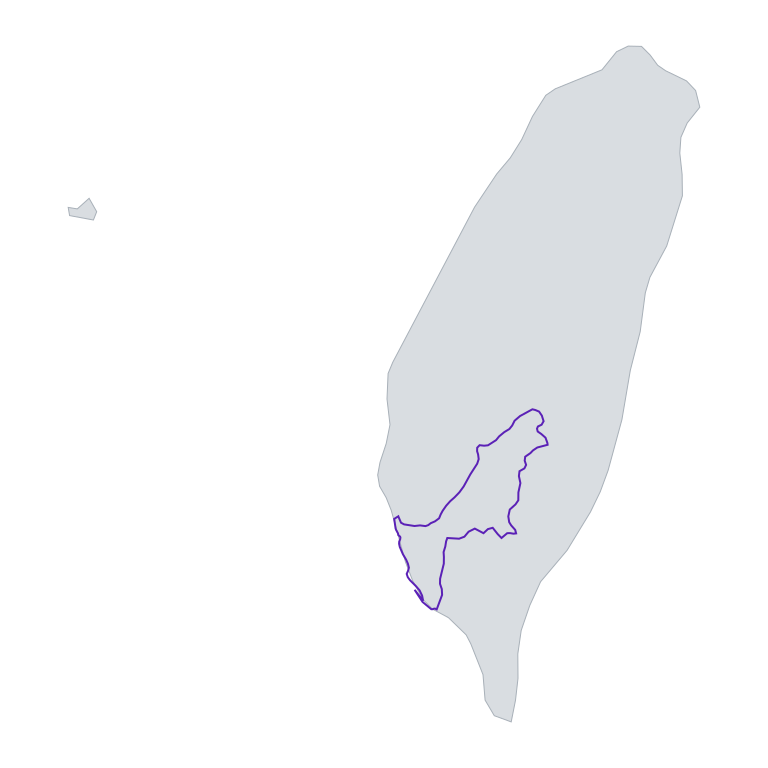 location of Kaohsiung City within Taiwan
{"feature_id": "TWN-1156", "entity_name": "Kaohsiung City", "entity_type": "Special Municipality", "adm_level": 1, "iso_a3": "TWN", "parent_name": "Taiwan", "parent_adm1": "", "projection": "robinson", "projection_center": [120.587, 22.979], "detail": "fine", "context": "in_parent", "style": "outline", "palette": "violet", "viewbox_px": 768, "rotation_deg": 0, "n_neighbors": 0, "source": "natural_earth", "source_scale": "10m", "svg_char_len": 2452}
<svg xmlns="http://www.w3.org/2000/svg" viewBox="0 0 768 768"><path d="M540.6,581.7L529.8,605.4L521.2,630.4L517.8,653.9L518.0,678.3L515.5,700.2L511.2,721.9L494.3,715.7L485.1,700.1L483.0,674.6L470.8,643.8L466.2,634.9L448.5,617.7L432.5,609.1L420.0,596.4L421.7,597.4L412.5,580.3L405.5,562.0L391.2,510.2L386.2,497.7L379.6,486.3L377.7,475.0L380.0,462.4L386.2,443.6L390.0,424.7L387.0,399.0L388.1,373.5L392.8,362.2L474.6,207.1L496.7,174.0L510.3,157.8L521.7,139.6L532.5,116.4L545.8,95.3L555.3,88.8L602.0,69.8L616.6,51.7L628.2,46.1L641.5,46.4L650.1,55.0L657.7,65.3L665.7,70.8L686.5,80.9L695.6,90.5L699.8,107.2L687.2,123.0L680.9,137.3L679.8,153.1L682.1,174.4L682.4,195.8L666.7,246.0L649.9,277.3L645.3,292.9L640.2,331.6L630.3,370.4L621.9,419.7L608.1,470.4L600.3,491.6L590.5,511.9L567.1,550.3L540.6,581.7ZM89.1,198.3L96.7,211.7L93.4,220.0L69.6,215.6L68.2,207.4L77.3,208.9L89.1,198.3Z" fill="#d9dde1" stroke="#a8b0b8" stroke-width="1"/><path d="M436.7,609.4L435.0,608.6L433.9,608.7L432.7,609.2L431.3,609.2L422.6,602.0L414.6,589.8L423.1,600.8L422.1,595.6L420.7,592.7L419.6,590.4L416.0,586.2L410.1,580.3L407.8,577.2L406.7,573.9L408.1,570.7L408.9,567.7L407.9,563.7L406.1,559.6L402.9,554.2L399.8,547.0L399.1,543.8L399.2,541.7L400.2,539.2L400.4,537.5L400.1,536.6L399.2,535.9L398.3,535.0L398.0,533.4L396.1,529.9L395.6,528.5L394.2,518.9L398.3,516.3L398.4,516.6L401.0,522.7L404.1,524.4L414.5,526.0L420.0,525.4L425.5,526.1L428.3,525.1L430.7,523.2L434.9,521.4L439.1,518.3L440.7,514.4L442.7,510.7L446.2,505.7L450.2,501.2L454.5,497.4L459.4,492.3L463.7,486.4L470.3,474.4L477.2,463.7L478.7,459.1L478.1,454.4L477.1,451.2L477.2,447.7L479.6,445.2L484.1,445.7L488.0,445.3L496.1,440.1L499.1,436.4L504.3,432.1L509.4,429.0L512.2,425.5L514.6,420.7L520.1,416.0L532.4,409.3L535.3,410.0L539.1,411.6L541.9,415.7L542.3,417.1L543.6,421.2L541.6,424.7L537.9,426.5L537.0,428.7L537.7,431.5L541.3,434.0L545.5,437.7L547.4,443.0L547.6,444.8L537.3,447.5L533.0,450.4L530.4,453.1L525.2,456.7L524.7,460.7L526.1,464.9L524.4,468.4L519.5,471.2L518.9,476.1L520.4,483.1L518.4,492.4L518.3,500.3L515.5,504.4L509.8,509.5L508.3,516.4L509.2,522.2L511.2,525.4L515.2,529.9L516.1,533.4L513.5,533.7L510.0,533.1L507.2,533.2L501.5,538.0L497.7,534.1L492.7,527.8L487.9,529.1L483.5,533.2L474.8,528.6L468.6,531.7L464.4,536.7L459.1,538.7L447.3,538.0L446.1,541.4L445.3,546.5L443.6,552.1L443.9,557.0L443.8,563.7L440.1,578.8L440.0,583.8L441.8,589.1L442.1,594.9L436.7,609.4Z" fill="none" stroke="#5b21b6" stroke-width="2"/></svg>